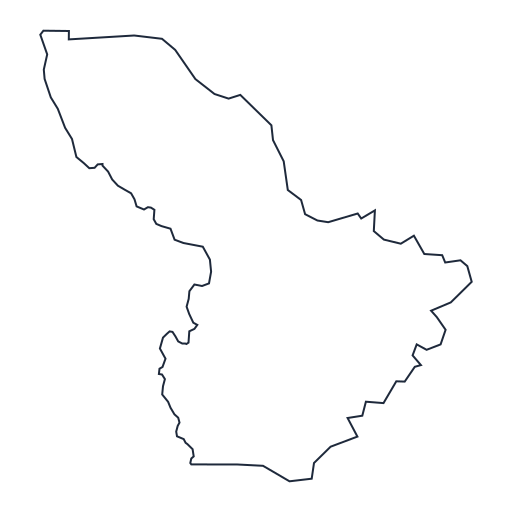 Summit, Colorado, United States of America (Robinson projection)
{"feature_id": "52423323B9243197654665", "entity_name": "Summit", "entity_type": "district", "adm_level": 2, "iso_a3": "USA", "parent_name": "United States of America", "parent_adm1": "Colorado", "projection": "robinson", "projection_center": [-106.158, 39.642], "detail": "fine", "context": "isolated", "style": "outline", "palette": "slate", "viewbox_px": 512, "rotation_deg": 0, "n_neighbors": 0, "source": "geoboundaries", "source_scale": "gbopen_adm2", "svg_char_len": 1750}
<svg xmlns="http://www.w3.org/2000/svg" viewBox="0 0 512 512"><path d="M43.4,30.7L40.3,34.7L47.2,54.4L43.8,69.6L44.6,78.9L50.8,97.4L57.8,108.8L65.1,127.8L72.0,139.0L76.4,157.0L83.8,163.1L89.3,168.2L94.6,167.8L97.7,164.4L102.5,164.0L102.5,165.6L108.1,171.6L112.2,179.5L117.9,185.7L124.9,189.8L131.1,193.3L134.5,199.3L136.6,206.4L144.0,209.5L147.9,207.2L150.9,207.6L154.4,209.8L154.1,213.9L153.7,219.2L156.3,223.9L161.5,226.1L170.5,228.7L174.6,239.7L183.4,243.0L202.8,246.7L209.9,259.6L211.1,271.7L209.0,283.4L202.0,286.0L194.4,284.5L189.4,291.2L188.7,298.9L186.6,306.7L189.2,314.0L193.3,322.7L197.3,324.9L194.4,328.9L189.3,331.3L188.7,339.8L188.5,342.6L186.4,344.0L185.2,343.5L182.2,343.5L178.2,341.4L175.5,336.5L172.5,331.9L169.6,331.4L166.9,333.8L163.0,337.6L159.9,348.5L165.5,358.7L162.5,367.0L159.5,368.7L158.9,374.0L162.0,374.5L164.9,379.1L163.0,386.2L162.2,394.5L168.1,401.8L170.5,407.7L174.4,414.3L178.2,417.7L179.5,422.6L177.7,425.9L176.2,431.6L177.0,436.3L183.7,439.1L185.6,442.8L187.4,444.1L192.6,449.2L193.7,456.4L191.3,458.5L190.3,463.0L191.3,464.4L237.7,464.5L263.0,465.8L289.5,481.3L311.7,478.7L314.0,463.0L330.6,446.7L357.4,436.6L347.6,418.0L362.3,415.7L365.9,401.7L383.5,403.1L396.3,381.3L404.7,381.6L414.8,366.8L420.9,365.1L412.6,355.4L416.7,344.4L426.6,349.8L440.6,344.4L445.6,329.8L436.8,317.1L431.1,310.7L450.8,302.4L471.7,281.8L467.3,266.1L460.5,260.3L445.2,262.5L442.2,255.2L424.3,254.0L413.9,235.7L400.8,243.7L383.9,239.6L373.8,231.1L374.9,210.4L361.2,218.5L357.7,213.5L328.2,222.2L317.4,220.5L305.1,214.2L301.1,200.0L287.8,190.0L283.7,161.3L273.0,140.1L271.4,125.3L240.3,94.9L228.6,98.6L214.5,94.0L195.4,79.1L175.2,49.9L162.0,38.8L134.2,35.5L68.8,39.4L68.9,31.0L43.4,30.7Z" fill="none" stroke="#1e293b" stroke-width="2"/></svg>